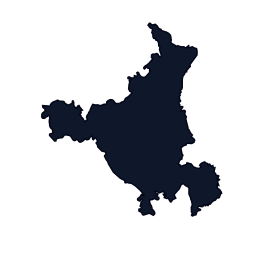 map outline of Haryana (Mercator projection), rotated 349°
{"feature_id": "IND-2430", "entity_name": "Haryana", "entity_type": "State", "adm_level": 1, "iso_a3": "IND", "parent_name": "India", "parent_adm1": "", "projection": "mercator", "projection_center": [76.236, 29.302], "detail": "fine", "context": "isolated", "style": "filled", "palette": "ink", "viewbox_px": 256, "rotation_deg": 349, "n_neighbors": 0, "source": "natural_earth", "source_scale": "10m", "svg_char_len": 5895}
<svg xmlns="http://www.w3.org/2000/svg" viewBox="0 0 256 256"><g transform="rotate(349 128 128)"><path d="M169.5,29.3L170.0,29.6L170.5,30.7L171.4,31.5L174.5,31.4L176.0,33.2L177.2,36.3L179.2,37.4L179.6,38.9L184.1,41.3L186.1,43.0L187.3,45.0L187.4,45.9L187.2,50.1L186.4,51.7L186.6,52.6L187.3,53.6L190.1,55.9L190.5,57.3L192.2,56.6L195.5,58.4L198.4,59.0L199.6,60.3L200.4,60.2L203.3,58.7L203.4,59.1L202.4,60.7L203.8,61.0L206.6,60.5L207.9,61.8L210.3,63.1L210.5,63.9L210.3,66.6L209.6,69.5L201.3,77.2L200.9,77.8L200.8,79.6L199.0,80.6L197.4,82.2L196.5,82.5L196.3,84.0L194.5,84.1L194.1,85.4L191.6,87.9L190.5,90.8L189.0,98.4L188.0,100.4L186.9,100.5L186.6,100.8L186.5,101.3L186.9,102.7L186.7,103.3L185.1,104.6L185.5,105.8L184.1,107.2L184.4,108.3L184.0,109.3L184.8,111.4L184.4,111.9L182.9,112.6L182.6,113.5L183.3,115.1L182.9,116.6L183.6,117.3L185.0,117.1L185.8,117.8L183.3,120.5L182.9,121.4L186.4,121.3L187.3,122.0L187.4,122.7L186.5,124.6L186.6,126.4L187.4,128.1L186.4,130.1L186.9,139.2L186.6,140.0L186.7,140.5L187.3,141.0L188.4,144.8L189.8,147.2L188.9,148.2L188.7,149.3L190.5,151.0L191.1,152.7L190.1,154.5L187.7,155.4L183.1,154.2L181.4,155.9L179.7,155.8L177.1,157.0L176.1,158.2L176.0,159.6L176.1,163.6L176.7,165.3L175.4,166.9L175.1,168.6L172.8,169.4L170.7,172.4L170.8,172.8L172.5,174.8L172.8,176.0L174.6,175.4L178.3,175.0L178.7,174.9L179.0,173.6L179.7,173.6L183.2,175.4L184.8,178.6L187.5,180.4L189.7,181.2L191.4,180.9L192.1,180.3L192.0,179.6L191.2,178.5L192.2,177.3L193.7,176.5L196.8,175.9L197.6,177.2L199.4,178.1L199.4,179.8L201.0,179.0L201.4,179.2L202.1,181.3L204.1,181.1L204.2,183.3L204.6,183.6L205.7,183.5L204.4,186.7L204.1,188.2L205.2,189.2L205.4,191.3L207.4,191.9L207.9,192.5L207.4,192.8L206.9,194.1L205.7,194.6L205.9,195.3L207.4,195.5L207.9,196.2L206.2,196.9L205.6,198.0L206.1,201.5L204.3,200.3L204.6,202.8L204.2,204.3L206.1,205.8L207.3,208.6L207.4,209.9L206.3,210.4L204.3,213.7L203.7,213.9L201.9,213.6L200.1,215.4L198.1,215.8L196.0,216.8L194.3,218.4L192.8,218.1L191.8,219.4L191.3,219.2L190.3,217.9L190.0,218.0L189.4,219.1L188.9,219.0L188.2,218.0L187.8,218.0L186.5,219.3L185.7,219.4L183.0,218.4L181.6,218.6L181.2,220.1L181.5,220.6L183.1,221.3L183.6,222.2L183.3,222.5L180.5,222.8L179.8,223.2L178.1,226.2L176.4,226.1L174.8,226.7L174.0,226.2L173.7,225.6L174.1,225.0L175.2,224.5L174.3,222.9L174.3,222.3L175.0,218.1L176.4,215.9L176.5,215.1L176.5,211.6L176.0,209.5L176.2,208.2L175.5,206.1L175.3,204.0L176.4,199.0L176.0,197.7L175.5,197.1L173.5,195.5L171.9,193.4L171.2,193.1L169.1,194.0L166.7,197.5L160.9,201.9L160.6,203.0L161.5,206.0L157.9,207.0L156.3,208.8L155.9,208.8L155.2,207.9L154.3,204.8L152.4,204.5L150.3,203.2L150.6,202.6L151.9,202.0L150.3,200.8L150.0,199.8L152.2,200.0L150.7,197.3L149.6,197.0L146.2,197.7L145.4,197.1L144.6,195.8L142.7,195.1L142.4,195.6L142.5,196.5L144.7,198.7L144.4,199.4L142.8,200.0L143.2,200.9L144.9,201.9L144.9,203.3L144.3,204.0L142.8,204.1L140.8,202.4L140.1,202.3L138.6,202.9L136.0,202.7L135.5,203.2L135.2,204.4L135.1,205.9L136.2,209.6L136.2,212.5L137.4,213.9L138.1,216.5L137.8,217.4L136.2,218.5L133.1,215.9L131.6,215.8L126.7,216.4L126.1,216.1L125.7,215.6L125.3,213.7L124.8,213.0L123.1,211.9L122.9,210.8L123.4,209.7L125.1,209.8L126.0,208.8L125.8,207.8L125.0,207.0L125.8,205.9L126.4,204.0L128.2,202.1L128.3,201.0L127.9,200.6L127.2,200.6L125.7,202.0L124.0,200.9L123.7,200.0L124.2,199.1L126.8,197.8L128.5,195.8L130.7,197.6L131.0,197.3L131.0,196.6L128.1,191.4L124.5,186.5L120.8,182.9L118.0,182.0L117.2,181.3L115.2,181.4L114.8,181.2L114.6,180.4L114.8,178.9L110.9,175.9L105.3,168.6L102.0,159.5L101.7,157.0L100.8,155.4L99.6,151.5L99.8,150.7L101.2,149.6L101.5,149.1L101.4,147.7L100.9,147.0L97.9,145.6L94.7,140.7L94.8,138.8L93.9,136.8L94.1,136.2L95.4,135.7L95.6,134.9L94.5,131.5L93.2,131.8L91.8,132.9L91.4,132.6L91.1,131.7L91.5,129.5L91.3,129.2L90.6,129.0L88.6,130.0L88.1,131.1L87.2,131.6L85.3,131.7L83.6,130.5L81.9,131.8L79.6,132.7L78.2,132.8L77.4,132.2L76.2,129.8L74.9,129.5L73.7,130.2L72.4,129.9L71.7,128.9L70.1,124.9L68.6,123.9L65.1,122.7L63.9,123.0L62.2,124.6L61.3,125.0L58.7,124.6L55.9,124.9L55.3,125.4L54.8,126.9L53.6,126.9L49.6,120.4L49.9,119.2L50.3,118.9L52.6,118.8L53.0,118.6L53.5,117.6L53.5,115.0L52.1,113.1L51.6,111.4L52.0,106.3L53.1,103.1L53.2,101.4L52.8,100.7L52.1,100.4L51.1,101.3L49.8,101.4L48.5,102.3L47.6,102.5L46.0,102.0L45.5,100.9L45.9,98.7L46.7,97.2L48.9,96.1L50.1,94.9L50.0,93.3L48.4,91.6L48.5,89.7L55.6,91.7L56.7,89.9L58.8,88.4L64.3,87.3L65.7,88.5L69.7,89.6L70.4,90.3L70.9,91.9L73.8,94.2L77.6,93.2L78.0,92.8L78.5,91.1L79.0,90.8L79.4,91.1L79.6,93.0L78.9,94.4L79.3,95.2L79.3,97.0L80.8,98.0L81.7,99.0L82.0,98.8L82.5,97.1L83.5,96.6L84.2,96.6L84.8,98.6L86.6,101.7L85.0,101.8L84.9,104.2L83.1,105.6L84.2,106.9L84.0,108.1L85.5,109.9L86.4,113.1L87.1,113.2L89.9,111.9L90.0,111.4L89.3,110.1L89.7,108.7L91.0,107.0L92.1,106.9L92.2,105.5L93.9,103.9L95.6,101.0L97.9,98.1L101.0,99.4L102.5,99.4L104.4,100.5L105.9,100.8L109.0,100.1L110.9,100.5L111.9,100.0L111.9,99.0L112.4,98.0L114.1,97.2L116.0,96.8L117.8,97.3L118.9,98.3L120.1,100.8L120.8,101.7L124.5,102.3L127.0,101.3L129.1,101.2L131.2,98.5L134.5,97.2L138.6,94.4L138.7,93.9L138.3,93.4L136.9,92.5L136.1,89.8L137.5,85.1L138.5,83.6L138.2,81.9L140.1,81.1L137.6,79.6L137.4,78.8L138.0,78.1L138.8,78.0L140.8,79.5L143.0,80.0L144.0,79.6L144.1,78.0L144.6,77.8L145.9,79.2L146.4,79.3L147.5,77.3L147.2,75.5L148.3,75.1L148.9,75.7L149.4,77.9L150.7,80.3L153.0,81.3L154.8,81.3L159.7,77.7L160.6,74.4L160.2,73.7L158.7,72.9L157.9,71.4L157.5,71.4L156.3,72.7L155.5,73.2L155.0,72.7L154.9,72.1L155.2,71.5L156.5,70.5L158.7,69.7L161.0,68.4L165.2,65.1L165.7,64.1L164.7,63.7L164.5,63.2L165.1,60.8L166.5,60.2L168.2,60.6L170.5,60.4L171.3,61.0L172.6,64.3L173.7,64.4L174.2,63.8L174.6,62.3L174.1,59.5L174.0,56.7L174.8,55.1L173.9,53.2L174.3,49.9L173.5,47.7L172.1,47.0L171.6,44.8L170.4,44.9L169.9,43.5L170.3,41.0L169.6,38.9L170.5,37.0L170.8,35.3L170.5,34.7L169.0,34.1L167.3,30.9L168.7,29.5L169.5,29.3Z" fill="#0f172a" stroke="#020617" stroke-width="1.5"/></g></svg>